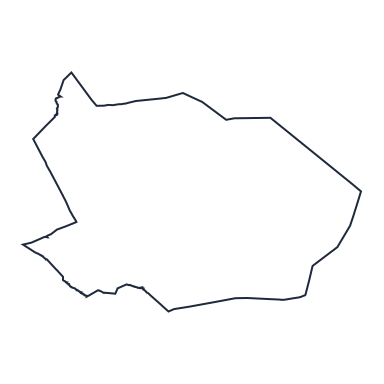 Trysil nor, Hedmark, Norway
{"feature_id": "86288312B82659531388015", "entity_name": "Trysil nor", "entity_type": "district", "adm_level": 2, "iso_a3": "NOR", "parent_name": "Norway", "parent_adm1": "Hedmark", "projection": "equal_earth", "projection_center": [11.926, 61.356], "detail": "fine", "context": "isolated", "style": "outline", "palette": "slate", "viewbox_px": 384, "rotation_deg": 0, "n_neighbors": 0, "source": "geoboundaries", "source_scale": "gbopen_adm2", "svg_char_len": 4968}
<svg xmlns="http://www.w3.org/2000/svg" viewBox="0 0 384 384"><path d="M23.0,244.6L34.3,251.9L37.1,253.4L37.5,253.4L37.9,253.5L38.2,253.7L38.3,253.8L38.7,254.1L39.1,254.2L39.7,254.7L39.9,254.7L40.1,254.9L40.6,255.1L40.8,255.1L40.9,255.3L41.3,255.4L41.4,255.7L41.8,255.9L42.7,256.2L42.7,256.3L42.8,256.4L42.9,256.5L43.0,256.6L43.3,256.9L43.3,257.1L43.5,257.3L44.1,257.7L44.4,258.0L44.6,258.3L45.5,258.8L46.0,259.1L46.1,259.4L46.1,259.5L46.8,259.4L47.3,259.7L47.3,259.8L47.5,260.1L56.1,269.4L57.4,270.6L57.7,271.0L60.2,273.7L63.0,276.8L63.0,280.1L63.5,280.5L64.2,280.9L64.8,281.3L65.3,281.4L65.4,281.5L65.5,281.8L65.8,281.9L65.9,282.1L66.0,282.1L66.1,282.4L66.3,282.4L66.2,282.5L66.3,282.6L66.5,282.8L66.9,282.9L67.0,283.0L67.4,283.3L67.6,283.4L67.6,283.5L67.9,283.5L68.0,283.6L68.2,283.8L68.5,283.8L68.9,283.9L69.0,284.4L68.8,284.7L69.0,284.8L69.3,285.1L69.5,285.2L69.5,285.4L69.7,285.6L70.1,286.1L70.1,286.3L70.4,286.5L70.5,286.6L70.8,286.7L70.8,286.8L71.0,286.9L71.3,286.9L71.6,287.3L72.0,287.3L72.3,287.6L72.5,287.6L73.1,287.9L73.3,287.9L73.6,288.0L73.9,288.1L74.4,288.2L74.5,288.3L74.8,288.4L75.1,288.5L75.3,288.7L75.3,288.8L75.5,289.0L75.7,289.3L75.9,289.4L76.0,289.5L76.6,289.6L77.0,289.8L77.3,290.0L77.2,290.2L77.3,290.2L77.5,290.5L77.9,290.5L78.2,290.6L78.4,290.7L78.5,290.8L78.7,291.0L78.8,291.1L78.9,291.3L79.6,291.5L80.0,291.8L80.2,292.0L80.7,292.1L80.6,292.4L80.7,292.5L80.8,292.5L80.7,292.6L81.1,292.8L81.1,293.0L81.3,293.0L81.6,293.3L81.7,293.2L81.9,293.3L82.1,293.4L82.1,293.5L82.6,293.5L83.1,293.7L83.2,293.8L83.4,293.9L83.5,294.0L83.4,294.1L83.4,294.3L83.5,294.3L83.9,294.5L84.0,294.6L84.2,294.8L84.5,294.8L84.8,295.0L84.7,295.1L84.7,295.3L85.0,295.3L85.3,295.3L85.5,295.5L86.2,295.6L86.8,295.8L86.6,296.0L86.5,296.4L86.5,296.6L86.5,296.8L90.0,294.9L97.9,290.3L98.9,290.6L99.3,290.5L99.8,290.9L100.9,291.3L101.9,291.8L103.2,292.6L104.1,293.0L104.7,292.7L106.7,292.9L110.1,293.2L115.3,293.7L116.8,290.3L117.2,289.4L117.5,288.4L124.3,285.4L126.0,284.7L126.6,284.4L127.0,284.5L127.3,284.7L128.0,284.8L128.6,285.1L129.2,285.1L130.0,284.9L130.2,285.0L130.4,285.3L130.7,285.4L131.2,285.4L131.3,285.5L131.6,285.6L131.9,285.8L132.1,285.9L132.4,286.0L132.6,286.1L132.9,286.2L133.3,286.2L133.3,286.3L133.5,286.4L133.4,286.4L133.6,286.5L134.2,286.5L134.4,286.6L134.6,286.6L134.9,286.7L135.2,286.8L135.3,287.0L135.8,287.0L136.2,287.2L137.2,287.4L137.4,287.6L137.6,287.7L137.7,287.8L138.2,287.8L138.2,287.7L138.5,287.8L138.8,287.9L139.2,287.9L139.3,288.0L139.5,288.0L139.6,287.8L140.0,287.7L140.2,287.8L140.6,287.7L140.5,287.8L140.4,287.9L140.5,288.2L141.0,288.1L141.3,288.2L141.5,288.2L142.2,288.0L142.3,288.1L142.2,288.1L142.3,288.2L143.1,288.1L143.5,288.2L143.5,288.3L143.4,288.5L143.5,288.6L143.1,289.0L143.3,289.2L143.2,289.3L143.3,289.6L143.5,289.7L143.8,289.7L143.9,289.8L144.1,289.9L144.9,290.5L145.6,291.3L146.1,291.6L146.4,292.2L146.6,292.5L147.5,292.8L148.3,293.3L149.0,294.0L149.5,294.4L150.3,295.2L160.1,303.9L163.8,307.3L168.5,311.5L174.0,309.1L189.7,306.6L216.7,301.7L235.4,298.2L247.3,298.0L269.5,299.1L280.3,299.6L280.9,299.8L284.0,299.8L296.3,297.8L298.0,297.6L301.3,296.8L302.1,296.3L305.2,295.2L305.5,294.6L309.1,280.6L312.6,265.9L337.4,247.1L350.1,225.7L353.9,214.3L355.0,210.6L355.8,208.2L361.0,191.4L351.8,183.7L270.4,117.8L234.2,118.3L226.2,119.8L202.3,102.0L182.8,93.0L166.1,97.9L159.7,98.6L135.9,101.0L128.3,102.8L125.6,103.6L124.6,103.6L121.1,104.2L120.2,104.2L119.2,104.2L118.2,104.3L114.0,105.0L113.0,105.2L108.3,104.9L104.5,105.6L103.3,105.7L96.6,105.8L91.6,99.9L71.4,72.5L63.6,80.1L60.4,89.5L58.3,94.0L58.1,94.7L58.9,95.3L59.6,95.8L59.9,96.0L60.6,96.5L60.2,96.5L59.2,97.0L58.8,97.0L58.6,97.4L58.2,97.5L57.2,98.1L56.9,98.2L56.5,98.1L56.2,98.2L56.1,98.3L55.9,98.6L55.6,99.1L55.7,99.4L55.6,99.7L55.6,99.8L55.5,100.1L55.5,100.3L55.6,100.5L55.6,100.8L55.7,101.2L56.1,101.5L56.5,101.7L56.5,102.6L56.6,102.8L56.7,103.1L56.7,103.4L56.9,103.5L57.2,104.0L57.5,104.2L57.5,104.4L57.8,104.7L57.9,104.9L58.0,105.2L57.9,105.7L57.8,105.8L57.8,106.0L57.8,106.3L57.8,106.5L57.9,106.8L57.8,107.2L57.7,107.6L57.6,107.8L57.3,107.9L57.2,108.0L56.8,108.6L56.9,108.9L57.1,109.1L57.5,110.2L57.4,110.5L57.2,110.7L57.0,111.0L57.1,111.3L57.1,111.5L57.1,112.1L57.2,112.3L56.9,112.6L56.9,112.8L57.1,113.1L57.2,113.5L56.5,114.1L57.3,114.3L57.1,114.7L56.8,115.0L55.3,115.5L54.8,115.6L54.8,117.0L46.3,125.4L33.2,139.0L42.6,157.0L45.7,162.3L46.7,165.5L49.6,170.6L50.2,171.6L50.6,172.2L50.6,172.3L50.9,172.9L51.9,174.7L52.2,175.4L52.6,176.0L52.7,176.4L53.1,176.9L53.5,177.9L55.0,180.6L56.1,182.7L59.7,189.6L60.1,190.2L60.4,190.9L61.5,193.0L62.4,194.7L62.5,194.8L62.6,195.1L62.8,195.3L63.3,196.5L66.0,201.7L70.1,211.2L70.9,212.4L72.8,215.9L75.7,220.5L76.4,222.0L76.1,222.1L74.8,222.7L65.9,226.3L56.9,229.6L50.7,234.4L50.3,234.5L50.0,234.6L49.6,234.7L49.2,235.0L48.7,235.1L46.9,236.0L46.7,236.4L46.8,236.9L47.2,237.2L47.3,237.3L47.2,237.3L45.4,236.9L45.1,236.7L42.9,237.6L39.6,239.1L39.1,239.3L31.2,242.7L23.0,244.6Z" fill="none" stroke="#1e293b" stroke-width="2"/></svg>